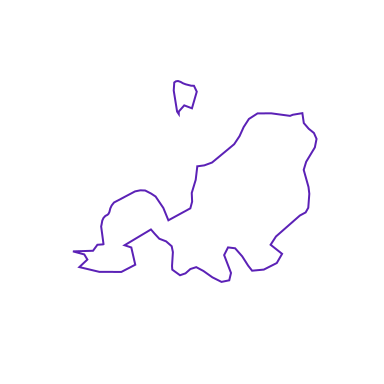 map outline of Schaffhausen (orthographic projection), rotated 150°
{"feature_id": "CHE-171", "entity_name": "Schaffhausen", "entity_type": "Canton", "adm_level": 1, "iso_a3": "CHE", "parent_name": "Switzerland", "parent_adm1": "", "projection": "orthographic", "projection_center": [8.624, 47.681], "detail": "fine", "context": "isolated", "style": "outline", "palette": "violet", "viewbox_px": 384, "rotation_deg": 150, "n_neighbors": 0, "source": "natural_earth", "source_scale": "10m", "svg_char_len": 1405}
<svg xmlns="http://www.w3.org/2000/svg" viewBox="0 0 384 384"><g transform="rotate(150 192 192)"><path d="M154.1,88.1L168.6,88.9L179.3,93.8L180.2,100.1L180.7,111.2L182.8,121.7L188.5,126.0L195.7,121.3L198.7,102.4L203.9,96.9L211.4,99.4L217.0,107.9L221.6,117.9L225.9,124.8L231.9,126.1L238.3,124.8L244.0,125.9L247.9,134.6L246.3,137.9L238.6,149.5L236.7,155.2L239.1,162.2L243.7,167.9L245.2,174.5L246.3,180.1L277.0,179.6L272.3,174.3L277.5,157.4L293.1,158.1L312.1,169.1L327.1,183.3L316.4,185.8L316.5,191.8L324.8,200.1L307.1,190.6L300.3,193.6L295.2,191.1L294.7,191.1L287.9,207.6L286.6,209.0L284.0,212.1L281.6,213.8L279.0,214.6L276.6,214.5L275.1,214.9L273.4,216.1L271.0,218.6L268.3,220.5L264.8,221.9L241.0,221.0L235.9,219.3L231.8,216.7L228.2,211.1L225.8,206.3L224.8,192.5L226.6,179.3L201.6,178.7L196.7,183.6L192.7,191.3L182.7,200.7L174.7,211.4L174.6,211.6L168.0,208.9L159.9,207.5L131.6,212.3L122.9,216.6L114.8,222.4L106.2,226.8L95.9,227.3L83.9,220.4L69.0,208.9L66.1,208.5L57.0,205.1L60.7,195.8L59.3,188.4L56.9,182.1L57.6,175.7L63.3,169.2L78.0,161.1L84.2,155.3L88.6,138.1L91.3,131.8L99.2,120.2L103.8,117.5L110.3,117.7L141.5,111.5L150.3,107.0L144.9,93.4L154.1,88.1ZM155.4,270.9L163.2,268.3L164.5,266.1L164.7,269.1L157.1,289.0L152.6,295.7L150.6,295.9L148.6,295.1L146.8,293.0L145.4,290.6L143.6,288.4L139.6,284.5L137.2,283.0L137.7,276.5L150.2,264.5L155.4,270.9Z" fill="none" stroke="#5b21b6" stroke-width="2"/></g></svg>